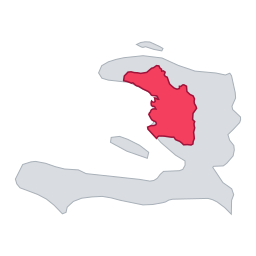 where L'Artibonite sits in Haiti
{"feature_id": "HTI-1384", "entity_name": "L'Artibonite", "entity_type": "Department", "adm_level": 1, "iso_a3": "HTI", "parent_name": "Haiti", "parent_adm1": "", "projection": "orthographic", "projection_center": [-72.647, 19.338], "detail": "fine", "context": "in_parent", "style": "filled", "palette": "rose", "viewbox_px": 256, "rotation_deg": 0, "n_neighbors": 0, "source": "natural_earth", "source_scale": "10m", "svg_char_len": 3007}
<svg xmlns="http://www.w3.org/2000/svg" viewBox="0 0 256 256"><path d="M229.8,73.2L231.5,75.7L235.2,92.6L235.6,98.0L232.0,106.2L232.6,109.5L240.5,117.0L240.6,119.7L239.7,122.5L233.0,129.7L227.9,134.6L229.6,140.2L233.8,145.5L234.3,150.0L233.1,155.9L226.7,163.3L223.3,165.9L213.7,166.3L212.7,167.3L217.5,174.5L222.9,182.6L231.7,188.8L233.7,194.7L231.6,200.3L231.3,214.2L224.6,207.5L217.1,201.9L212.6,199.7L208.0,198.4L172.6,199.2L168.7,200.1L165.6,201.9L162.3,202.8L152.6,204.5L142.9,204.9L120.3,200.3L111.3,197.9L102.3,196.4L92.0,196.9L81.7,198.2L73.4,201.4L67.2,207.1L66.0,212.4L62.4,213.8L54.1,205.2L46.5,199.1L37.8,194.5L20.0,187.8L16.8,183.9L15.4,179.1L22.7,164.5L30.9,161.9L35.5,161.4L45.6,163.3L55.4,166.7L64.5,169.0L78.4,169.9L86.0,173.6L139.7,179.4L149.9,181.1L153.8,180.5L157.3,178.3L160.2,174.4L163.5,171.4L179.4,170.7L182.8,169.4L185.1,165.2L185.0,160.9L175.6,155.2L161.0,142.6L148.2,127.7L153.7,122.6L151.6,113.5L153.7,105.0L156.7,96.6L144.1,89.5L129.1,82.4L108.3,80.1L101.9,78.2L98.6,72.9L101.7,65.7L108.4,61.8L116.1,59.4L124.0,57.7L143.1,55.7L162.0,58.0L178.3,65.4L195.0,71.1L215.9,73.0L225.4,75.0L229.8,73.2ZM148.7,152.3L147.3,158.3L126.9,151.2L110.5,142.3L111.2,137.4L119.6,136.4L127.7,139.3L139.6,145.3L148.7,152.3ZM159.8,46.6L163.0,48.5L161.8,50.9L153.9,49.4L145.6,46.7L142.9,47.4L141.3,47.0L136.5,44.5L140.7,42.5L145.1,41.8L149.8,42.0L159.8,46.6Z" fill="#d9dde1" stroke="#a8b0b8" stroke-width="1"/><path d="M156.5,138.4L156.3,138.2L148.0,129.2L147.6,127.1L151.0,125.7L154.0,125.5L155.7,124.9L156.4,123.7L155.9,122.1L154.8,121.3L153.4,120.8L152.0,120.0L151.2,118.9L149.3,115.5L148.8,114.2L149.3,113.8L149.4,113.7L149.4,113.0L150.2,112.3L151.0,110.4L151.6,109.6L152.4,109.2L153.7,108.9L155.0,108.9L155.9,109.0L154.7,106.8L153.9,106.3L152.3,106.2L151.4,105.4L151.1,103.8L151.2,102.1L151.6,101.0L152.1,101.5L152.7,102.0L153.5,102.2L154.3,102.1L155.1,101.5L155.2,100.9L154.9,100.2L154.8,98.2L154.6,97.9L154.8,97.9L155.9,98.1L156.3,98.4L156.8,98.9L157.6,99.3L158.6,99.3L157.1,96.2L156.3,95.8L152.2,95.5L151.1,94.8L150.4,93.6L149.4,92.4L147.9,91.3L142.9,89.0L138.7,86.3L137.2,86.0L135.9,85.4L133.1,83.0L132.6,82.8L131.8,83.2L126.9,81.4L126.1,81.3L124.5,80.9L123.7,80.8L123.6,80.6L124.3,76.0L128.0,72.1L131.1,71.8L134.2,72.6L137.5,72.8L140.7,73.4L146.7,72.4L151.6,68.2L153.3,67.8L154.6,67.0L156.5,65.6L158.9,65.9L159.9,68.0L161.5,69.2L161.7,71.1L163.4,70.9L165.1,72.1L164.3,74.9L165.3,76.4L167.2,77.2L168.3,80.5L169.6,84.0L171.8,86.1L174.2,88.1L177.0,89.2L179.4,88.5L179.4,86.3L181.0,86.4L182.5,85.0L183.8,84.8L185.0,85.4L186.5,86.2L186.9,91.5L189.9,94.4L193.1,95.9L194.5,98.9L194.1,101.2L194.4,103.6L195.8,106.0L196.6,108.3L193.0,113.4L192.6,119.5L194.7,121.6L194.0,123.4L194.1,125.4L194.7,127.9L193.6,132.2L194.1,136.4L194.3,138.6L193.2,141.4L192.9,144.0L191.1,145.0L187.3,144.6L183.6,144.8L181.7,142.9L179.6,141.3L177.5,140.5L175.5,139.6L174.7,138.3L173.8,137.1L171.9,137.2L170.0,137.0L164.0,136.1L158.9,136.0L157.6,136.9L156.5,138.4Z" fill="#f43f5e" stroke="#9f1239" stroke-width="1.5"/></svg>